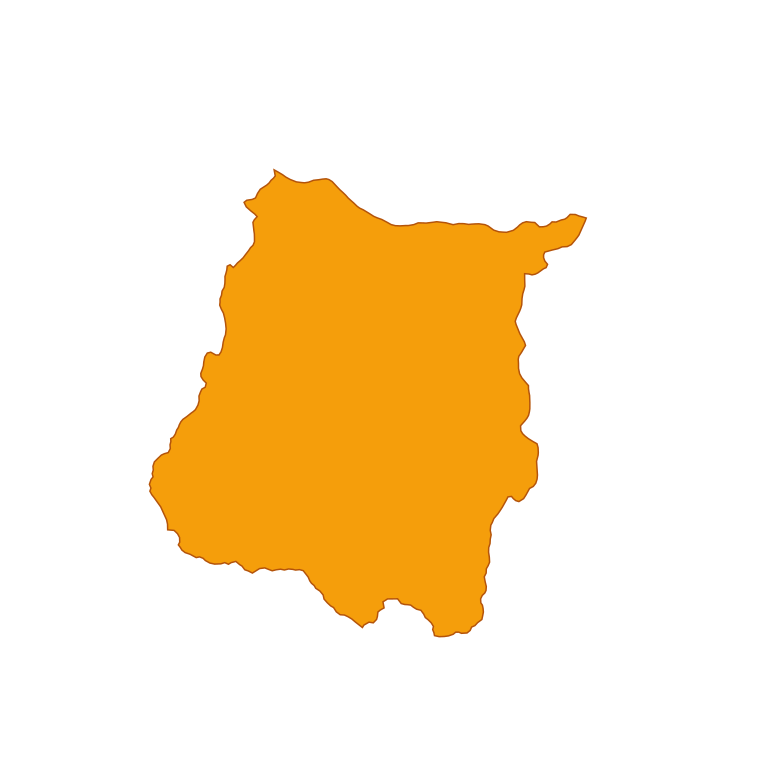 Barretos, São Paulo, Brazil, rotated 308°
{"feature_id": "56859067B29660912500509", "entity_name": "Barretos", "entity_type": "district", "adm_level": 2, "iso_a3": "BRA", "parent_name": "Brazil", "parent_adm1": "São Paulo", "projection": "mercator", "projection_center": [-48.643, -20.518], "detail": "fine", "context": "isolated", "style": "filled", "palette": "amber", "viewbox_px": 768, "rotation_deg": 308, "n_neighbors": 0, "source": "geoboundaries", "source_scale": "gbopen_adm2", "svg_char_len": 4827}
<svg xmlns="http://www.w3.org/2000/svg" viewBox="0 0 768 768"><g transform="rotate(308 384 384)"><path d="M135.9,303.3L139.4,308.7L138.9,313.5L137.2,317.4L133.6,320.4L130.6,321.0L129.8,324.1L128.7,326.9L128.7,331.1L130.4,335.9L131.6,342.9L134.2,345.1L135.3,348.8L134.9,351.9L135.7,357.0L137.8,361.4L141.9,366.2L145.2,368.5L146.2,372.4L149.1,373.5L153.0,376.5L152.8,381.4L153.1,384.2L151.9,388.7L153.1,392.1L154.0,396.7L157.6,398.0L162.0,399.6L165.7,403.3L167.0,407.7L168.0,410.9L171.2,413.4L174.4,416.5L176.1,420.0L179.5,422.7L181.8,426.3L182.9,428.8L185.7,431.7L187.2,435.3L186.3,438.7L185.2,443.1L183.2,446.7L182.3,449.6L182.2,453.0L181.0,456.0L181.4,460.9L180.3,465.9L177.6,469.2L176.7,474.1L176.3,478.6L176.8,481.9L175.1,486.7L175.2,491.5L177.6,495.1L178.5,499.1L179.0,503.3L178.8,508.0L178.8,512.5L178.8,516.9L181.7,516.6L187.1,518.8L189.2,522.6L193.9,523.1L196.8,521.9L200.5,519.6L203.5,520.2L207.6,521.9L211.7,517.3L216.8,519.1L219.5,522.5L223.1,527.0L221.6,532.7L223.0,536.1L224.6,538.4L226.2,541.1L226.2,544.6L226.6,548.3L228.4,552.4L227.1,557.0L225.4,560.3L225.4,563.9L224.9,568.2L223.4,572.2L220.4,573.6L218.8,576.4L216.8,578.7L218.9,583.1L222.2,587.0L225.2,589.9L229.4,592.6L232.6,593.3L234.5,595.7L235.2,598.5L238.9,602.7L242.8,603.6L246.4,602.7L249.6,604.4L253.6,604.7L258.7,606.1L262.2,604.4L265.5,602.7L268.2,600.2L270.3,597.7L271.2,595.0L274.2,592.4L277.9,591.6L281.4,592.1L284.1,591.5L287.4,589.3L290.5,585.4L293.8,581.7L297.9,580.9L301.4,578.4L305.0,577.9L308.6,576.9L312.4,573.6L315.9,569.9L319.6,567.2L323.5,565.8L327.1,563.3L331.1,561.3L334.1,557.8L338.5,555.1L341.5,554.6L345.6,553.4L351.5,553.7L355.0,553.5L359.7,553.1L367.0,552.0L371.4,551.2L373.9,553.7L373.3,556.5L373.2,559.6L374.4,562.7L379.6,564.6L384.0,564.2L391.3,563.0L395.2,564.7L399.2,564.7L403.3,563.2L406.7,561.0L417.0,551.8L422.7,549.3L425.0,547.8L428.7,544.6L431.1,541.4L430.4,536.9L429.8,531.3L429.8,527.3L430.2,523.7L431.5,520.5L435.2,517.3L441.5,517.7L445.2,517.7L448.3,517.2L451.6,515.7L454.2,514.2L459.0,510.5L464.6,505.8L466.6,503.5L469.2,500.8L471.7,498.8L472.4,495.1L473.7,488.9L475.6,484.5L479.1,480.4L482.9,477.4L486.1,474.6L488.8,473.2L493.4,472.9L501.5,471.8L503.6,468.7L507.3,460.0L512.3,451.3L514.2,448.8L517.6,447.6L525.0,446.0L528.0,445.1L531.2,443.8L536.4,440.1L540.5,437.8L544.7,436.2L547.8,434.8L552.6,430.8L557.5,426.9L559.9,430.5L561.1,433.4L563.6,435.5L566.2,436.8L570.0,437.9L573.1,438.8L575.5,440.1L579.0,439.2L579.9,435.1L581.8,432.0L584.1,430.2L587.0,429.5L593.3,434.2L597.8,437.8L601.7,439.9L605.1,443.8L609.2,445.8L615.1,446.0L618.6,446.0L621.3,445.9L636.3,442.2L639.3,441.2L638.1,438.1L636.4,434.1L635.4,430.5L632.3,426.3L627.7,425.8L625.1,424.9L622.4,422.7L617.6,419.9L615.2,416.6L612.2,416.2L608.4,414.8L605.9,412.6L603.5,409.7L604.1,403.4L602.1,400.5L599.5,396.2L596.3,394.0L593.0,393.0L589.8,392.6L584.7,391.3L579.0,387.2L576.9,384.2L574.7,380.9L572.8,375.7L572.6,368.8L571.7,365.4L568.7,360.2L566.2,357.2L563.9,354.6L561.9,352.5L559.5,348.2L556.5,344.2L552.1,340.4L550.5,336.7L549.2,333.6L544.3,325.6L542.1,323.5L536.7,318.1L535.1,315.8L532.0,311.7L528.0,309.4L523.8,305.6L522.0,303.3L518.4,299.2L515.7,295.4L514.0,291.4L513.4,287.3L512.3,281.0L510.7,276.2L509.8,272.7L509.3,267.3L508.5,260.5L507.6,256.5L507.5,253.3L508.0,248.7L508.2,245.1L508.5,241.1L509.2,237.5L509.6,233.7L509.9,229.6L510.4,226.1L511.6,218.6L511.2,214.7L510.1,212.1L507.8,209.6L504.8,206.8L501.2,203.1L496.6,200.3L493.6,197.5L491.8,194.7L489.3,190.5L487.4,184.1L486.6,179.2L486.5,175.6L485.8,169.9L485.1,165.6L481.0,170.2L478.1,170.2L475.0,169.6L471.7,169.7L468.5,169.1L461.3,166.6L456.4,167.0L451.5,168.2L448.3,166.5L444.3,162.7L441.0,161.9L438.8,166.4L438.4,172.5L438.4,177.4L437.8,181.0L433.6,180.7L430.7,181.2L424.7,187.1L422.5,189.4L419.6,191.8L416.3,194.4L412.6,195.4L409.3,194.9L405.6,195.2L400.7,195.2L396.8,195.3L392.6,194.7L389.1,194.0L385.9,193.9L383.0,193.5L383.2,189.3L380.3,187.9L377.1,189.9L373.7,191.4L370.8,192.5L368.7,194.2L365.4,196.6L361.8,198.6L357.5,199.2L353.9,201.3L350.1,202.4L347.6,204.4L345.0,206.0L342.9,209.6L341.0,213.8L337.9,217.8L334.4,221.7L330.2,225.7L325.2,228.8L322.1,229.7L318.0,231.5L313.3,234.2L309.0,235.8L305.3,236.1L303.3,233.6L302.4,227.9L299.6,225.7L294.9,226.2L290.3,228.5L287.2,230.5L283.9,231.8L279.6,233.1L277.2,235.2L275.8,239.1L275.3,243.4L271.4,245.1L267.9,243.6L264.8,244.3L260.6,245.6L256.9,248.7L252.8,250.4L247.7,251.2L244.9,250.7L242.2,249.9L237.0,248.7L232.3,247.3L229.1,247.2L225.9,247.8L223.2,248.7L220.1,249.0L216.0,250.4L212.5,250.7L209.6,249.6L207.4,251.5L204.4,252.8L201.5,255.4L197.1,256.2L193.8,253.8L190.9,252.3L186.2,251.6L181.3,251.0L176.9,252.6L174.1,255.2L170.7,256.5L168.6,259.2L165.4,259.2L160.5,260.9L158.5,264.4L155.4,265.5L153.8,269.2L153.0,272.6L149.7,283.7L143.2,296.2L140.3,299.7L135.9,303.3Z" fill="#f59e0b" stroke="#b45309" stroke-width="1.5"/></g></svg>